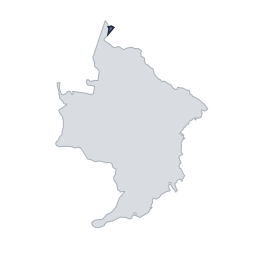 Puerto Nariño, Amazonas, Colombia (highlighted), rotated 188°
{"feature_id": "7082276B14998951172946", "entity_name": "Puerto Nariño", "entity_type": "district", "adm_level": 2, "iso_a3": "COL", "parent_name": "Colombia", "parent_adm1": "Amazonas", "projection": "albers", "projection_center": [-70.424, -3.539], "detail": "fine", "context": "in_parent", "style": "filled", "palette": "slate", "viewbox_px": 256, "rotation_deg": 188, "n_neighbors": 0, "source": "geoboundaries", "source_scale": "gbopen_adm2", "svg_char_len": 4192}
<svg xmlns="http://www.w3.org/2000/svg" viewBox="0 0 256 256"><g transform="rotate(188 128 128)"><path d="M148.4,31.8L145.6,32.9L140.3,34.2L136.6,39.9L134.1,40.9L131.0,44.3L128.7,48.5L127.0,57.0L122.5,64.3L122.9,64.6L124.7,64.3L126.4,63.5L127.0,63.7L127.6,65.0L129.7,65.3L131.4,71.2L134.5,74.2L134.9,75.4L135.3,77.8L134.2,79.3L133.9,84.7L134.8,86.1L137.2,86.6L138.8,90.0L139.8,90.8L141.2,91.3L144.6,90.7L150.8,91.3L152.3,91.2L155.8,90.0L160.2,91.5L163.5,91.7L172.3,101.9L173.2,101.6L174.3,102.2L176.6,101.2L178.5,101.0L181.0,101.6L184.4,101.6L191.1,100.5L192.1,99.9L195.8,100.5L196.9,101.3L197.4,103.2L197.0,104.4L195.7,105.6L195.0,107.1L194.8,109.0L194.2,110.3L193.0,111.2L192.5,112.5L192.8,114.2L192.1,122.0L192.6,122.6L193.0,125.8L194.5,130.0L195.3,131.1L196.6,132.1L198.9,135.5L198.4,136.7L192.3,142.0L192.0,143.3L193.2,142.8L195.0,143.3L195.7,144.6L200.1,148.3L200.1,149.7L201.3,152.5L201.1,153.2L204.2,161.2L204.3,162.9L201.7,163.3L201.6,158.0L201.3,156.9L198.4,152.1L197.7,151.7L195.8,152.2L192.5,155.7L191.0,156.3L189.8,155.8L188.6,153.7L187.8,153.3L187.0,155.0L188.0,156.6L173.6,156.6L170.8,155.9L167.0,156.7L166.9,164.8L173.7,164.9L175.6,167.3L175.4,169.1L175.7,169.8L174.1,170.2L171.7,168.9L167.5,170.5L164.4,170.8L164.2,179.8L166.0,182.0L169.6,184.4L170.2,186.0L169.9,187.6L170.8,189.5L172.0,190.5L172.0,191.7L172.6,193.0L165.5,231.0L162.9,228.7L162.0,226.6L160.8,225.7L158.4,226.4L155.9,225.3L164.1,212.4L163.8,211.3L156.9,208.1L156.2,207.3L152.9,205.6L151.1,206.1L150.1,207.0L147.6,207.2L145.5,205.9L143.1,205.0L140.2,207.1L139.4,207.1L137.3,208.1L135.1,208.4L132.2,207.5L129.9,208.2L128.3,208.0L127.7,207.3L125.6,206.6L125.4,205.7L125.9,204.1L125.0,201.0L124.7,200.4L123.1,200.4L121.3,199.3L120.9,198.6L121.3,197.3L121.0,196.2L119.2,193.7L116.7,193.1L114.3,191.0L111.9,190.3L110.8,188.8L109.7,185.4L107.2,182.8L105.5,181.9L104.9,180.7L103.1,180.5L100.6,178.8L99.6,178.7L98.8,179.5L96.6,178.7L94.6,177.4L92.6,177.1L91.3,176.4L89.0,173.9L86.4,172.8L84.9,173.2L84.5,175.0L83.6,175.3L80.7,174.9L80.2,175.3L79.4,175.2L75.8,173.9L72.3,173.4L71.4,170.4L69.1,169.4L68.4,167.9L66.8,168.1L60.7,165.4L58.2,163.5L56.1,162.5L53.8,160.4L53.4,159.5L51.7,158.3L52.5,156.7L54.6,155.4L57.3,156.4L57.6,154.5L56.6,152.8L57.1,149.1L57.8,148.3L59.3,147.5L60.2,147.8L60.8,147.2L63.0,147.4L63.7,147.1L65.3,145.6L66.1,144.4L66.8,144.5L68.6,142.5L68.3,140.5L70.0,140.0L71.7,136.7L72.5,136.6L72.9,135.1L76.0,129.6L74.9,130.2L73.6,129.9L73.8,128.0L73.4,127.8L72.4,129.2L71.6,127.8L71.8,125.5L70.4,125.9L70.4,125.4L72.5,123.6L73.3,119.6L72.6,118.2L72.1,112.1L71.7,111.0L70.1,109.5L72.7,107.8L73.6,106.5L72.4,103.9L70.8,101.6L70.8,100.3L71.7,100.4L72.1,96.7L71.2,95.3L70.1,95.3L66.5,89.8L65.3,88.7L66.2,86.1L67.2,84.9L67.0,82.9L67.7,83.0L69.2,84.8L69.8,84.5L72.2,82.8L72.2,81.2L74.1,79.5L71.4,74.0L70.5,73.1L71.6,71.3L72.2,71.4L73.2,73.1L74.9,74.3L77.4,77.3L78.5,78.0L77.7,78.7L77.5,79.5L77.9,79.9L79.3,80.0L79.8,79.1L79.4,75.3L78.8,73.4L77.5,72.1L78.0,71.5L80.5,70.6L85.7,67.0L87.4,63.6L88.8,62.4L90.3,61.6L92.2,61.7L93.7,61.3L94.1,60.2L93.2,57.9L94.3,54.7L94.2,53.1L94.9,52.1L94.7,51.7L92.8,52.9L94.7,50.6L96.1,47.2L103.7,41.1L108.6,42.5L110.2,42.4L108.1,43.2L107.8,44.1L108.6,45.0L109.3,45.2L110.0,44.6L111.6,41.1L111.8,39.1L112.6,38.5L113.6,38.2L118.5,39.1L123.1,38.7L130.6,33.7L136.2,31.5L137.6,29.5L138.0,27.9L139.0,27.3L140.1,27.3L140.8,26.5L143.4,25.1L146.2,25.0L149.1,26.1L150.5,28.2L150.7,29.6L148.4,31.8ZM63.1,146.7L62.7,147.0L62.1,146.5L61.8,145.9L62.2,145.4L62.8,145.6L63.1,146.7Z" fill="#d9dde1" stroke="#a8b0b8" stroke-width="1"/><path d="M161.2,225.7L161.3,225.5L161.2,225.5L161.2,225.4L161.3,225.4L161.2,225.3L161.2,225.2L161.2,225.3L161.2,225.2L161.2,224.9L161.2,225.0L161.2,224.9L161.1,224.7L161.1,224.8L161.1,224.7L160.9,224.5L160.9,224.4L160.7,224.4L160.6,224.2L160.7,220.1L160.8,218.0L156.1,225.5L156.3,225.5L156.5,225.5L156.8,225.8L156.9,226.0L157.0,226.0L157.3,226.1L157.5,226.0L157.5,225.9L157.8,225.8L158.0,225.9L158.1,226.0L158.2,226.3L158.3,226.3L158.3,226.5L158.5,226.6L159.0,226.5L159.4,226.3L159.7,226.1L159.8,226.0L159.8,225.9L160.1,225.9L160.3,225.9L160.4,225.7L160.6,225.6L160.8,225.6L161.0,225.7L161.2,225.7Z" fill="#64748b" stroke="#1e293b" stroke-width="1.5"/></g></svg>